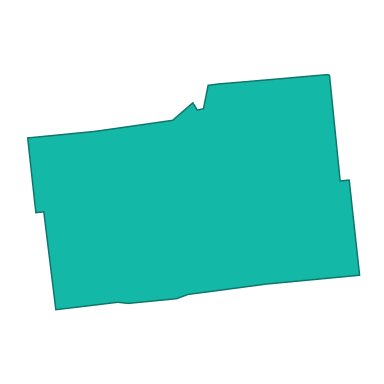 Maries, Missouri, United States of America, rotated 173°
{"feature_id": "52423323B55894153877564", "entity_name": "Maries", "entity_type": "district", "adm_level": 2, "iso_a3": "USA", "parent_name": "United States of America", "parent_adm1": "Missouri", "projection": "equal_earth", "projection_center": [-91.92, 38.152], "detail": "fine", "context": "isolated", "style": "filled", "palette": "teal", "viewbox_px": 384, "rotation_deg": 173, "n_neighbors": 0, "source": "geoboundaries", "source_scale": "gbopen_adm2", "svg_char_len": 446}
<svg xmlns="http://www.w3.org/2000/svg" viewBox="0 0 384 384"><g transform="rotate(173 192 192)"><path d="M349.5,190.5L341.5,190.4L341.5,91.8L279.0,91.6L269.0,89.2L220.3,88.0L208.7,90.8L130.7,91.6L35.8,89.0L34.8,164.3L34.5,184.7L43.6,184.9L41.3,291.0L43.2,292.0L132.5,295.2L152.7,296.0L163.0,295.9L170.5,273.2L176.8,272.7L180.3,280.4L202.5,265.5L281.3,264.0L348.5,265.7L349.5,190.5Z" fill="#14b8a6" stroke="#0f766e" stroke-width="1.5"/></g></svg>